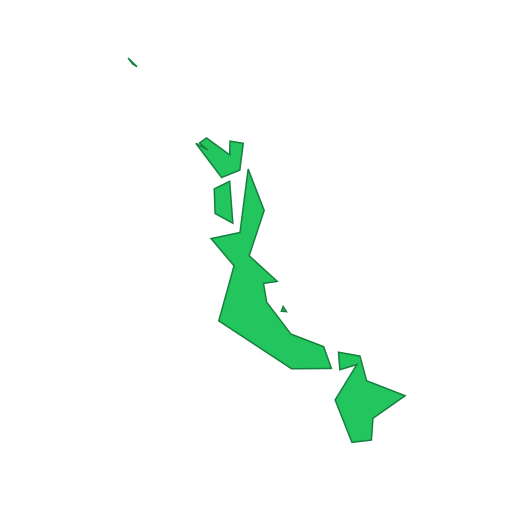 an SVG outline of Japan, rotated 110°
{"feature_id": "JPN", "entity_name": "Japan", "entity_type": "country or territory", "adm_level": 0, "iso_a3": "JPN", "parent_name": "Asia", "parent_adm1": "", "projection": "orthographic", "projection_center": [135.292, 34.888], "detail": "coarse", "context": "isolated", "style": "filled", "palette": "green", "viewbox_px": 512, "rotation_deg": 110, "n_neighbors": 0, "source": "natural_earth", "source_scale": "50m", "svg_char_len": 760}
<svg xmlns="http://www.w3.org/2000/svg" viewBox="0 0 512 512"><g transform="rotate(110 256 256)"><path d="M335.9,146.7L349.8,184.0L329.7,268.8L272.7,273.3L255.0,304.2L239.4,279.1L177.0,293.1L210.4,263.9L258.1,262.5L272.6,227.4L279.2,239.6L295.8,230.1L317.4,196.6L318.1,161.3L335.9,146.7ZM368.5,90.6L389.5,84.6L398.3,102.1L364.2,132.4L323.5,124.1L334.2,138.3L318.2,145.6L314.5,124.1L335.4,109.4L336.3,68.1L368.5,90.6ZM180.9,300.6L194.0,315.2L170.7,351.1L172.8,337.6L169.2,347.8L162.0,342.9L170.0,315.3L156.9,319.7L154.5,306.5L180.9,300.6ZM233.1,289.0L230.1,308.9L207.2,318.2L194.8,306.3L233.1,289.0ZM118.8,432.6L117.8,437.5L113.7,443.9L118.8,432.6ZM299.2,213.3L294.2,213.2L297.9,208.4L299.2,213.3Z" fill="#22c55e" stroke="#15803d" stroke-width="1.5"/></g></svg>